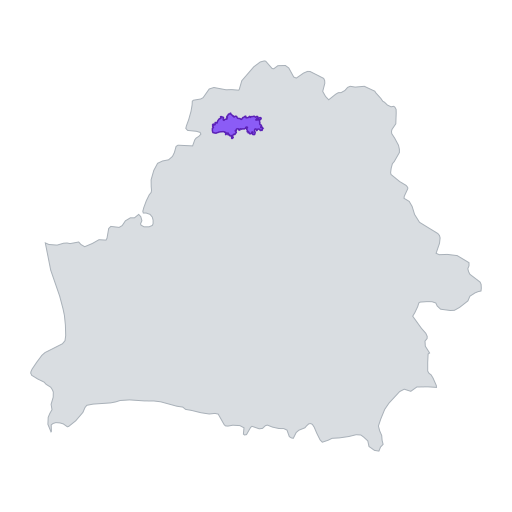 Sharkawshchyna, Vitebsk, Belarus shown in context
{"feature_id": "67162791B8322834804347", "entity_name": "Sharkawshchyna", "entity_type": "district", "adm_level": 2, "iso_a3": "BLR", "parent_name": "Belarus", "parent_adm1": "Vitebsk", "projection": "mercator", "projection_center": [27.573, 55.372], "detail": "fine", "context": "in_parent", "style": "filled", "palette": "violet", "viewbox_px": 512, "rotation_deg": 0, "n_neighbors": 0, "source": "geoboundaries", "source_scale": "gbopen_adm2", "svg_char_len": 9330}
<svg xmlns="http://www.w3.org/2000/svg" viewBox="0 0 512 512"><path d="M436.5,387.4L427.6,386.8L416.8,387.0L410.8,391.3L404.2,389.2L399.6,391.6L388.9,403.2L384.7,409.4L380.8,418.9L378.4,426.0L379.7,430.9L381.7,435.5L382.1,440.4L383.1,444.3L380.5,447.1L378.9,451.1L374.5,450.4L369.0,446.5L367.8,440.9L363.6,437.0L360.8,435.0L356.2,434.7L348.9,436.5L339.3,437.9L332.1,438.3L328.2,440.2L322.3,442.2L320.1,439.9L316.9,433.5L314.2,427.2L312.4,424.4L310.8,423.6L308.8,423.8L306.6,425.8L304.9,427.8L298.9,430.2L296.2,432.5L293.3,438.3L291.3,437.9L289.3,436.6L287.0,430.1L283.8,428.6L278.8,428.5L272.5,427.1L267.4,425.1L265.5,425.6L262.5,428.4L259.2,428.8L252.0,426.3L250.6,427.4L246.5,434.6L244.5,435.0L243.4,434.1L244.0,427.8L239.9,425.6L232.8,425.2L227.9,426.1L225.5,425.9L224.2,424.7L218.2,414.1L215.0,413.4L209.2,414.0L200.8,412.7L191.0,410.3L185.6,409.4L182.8,407.1L176.8,406.2L160.7,401.8L154.1,401.0L144.4,400.9L129.6,399.9L120.1,400.5L115.7,401.9L110.6,402.9L93.1,404.1L86.8,405.3L85.0,407.5L82.9,412.4L75.7,420.8L68.7,426.4L67.4,426.8L63.3,423.9L59.9,422.9L55.8,422.6L53.0,423.5L51.2,424.9L51.4,431.4L51.0,431.9L47.9,424.3L48.2,417.3L49.9,413.3L52.0,409.7L51.1,404.3L53.2,397.2L53.3,392.0L52.4,389.8L50.7,387.2L46.1,384.3L44.1,382.1L37.9,379.1L31.8,375.4L30.7,373.1L31.0,371.5L32.1,369.1L36.8,362.1L41.9,355.3L45.1,352.5L62.4,343.8L65.0,340.7L65.7,335.5L65.4,325.0L64.4,315.3L63.0,308.7L59.7,296.2L50.7,270.1L45.3,242.9L48.9,244.5L57.1,245.1L63.7,243.2L67.1,243.0L70.1,243.6L78.7,242.0L80.9,244.5L84.7,246.7L92.3,243.5L99.0,239.7L106.0,240.1L107.0,238.2L108.7,228.5L110.8,226.4L119.1,227.4L122.2,225.6L125.4,220.8L130.4,217.8L134.5,217.8L138.7,214.4L140.8,216.7L141.9,220.7L140.5,223.9L141.1,225.2L144.0,226.8L149.1,226.8L152.4,225.4L153.1,223.6L153.1,220.2L152.3,217.1L150.1,214.4L146.1,213.0L143.3,213.0L142.8,211.3L143.8,207.6L146.3,200.8L149.3,194.7L151.2,192.4L151.5,190.3L151.2,186.5L151.1,179.8L153.8,170.4L157.6,163.3L162.5,161.0L168.6,159.8L172.5,156.4L174.4,152.5L176.1,146.4L178.0,145.2L192.6,145.9L194.8,139.8L196.1,138.1L198.9,136.3L200.9,134.1L200.1,132.4L196.4,131.3L187.6,130.4L185.8,128.4L186.4,125.9L188.7,119.6L191.0,111.4L192.1,105.0L192.3,101.2L193.5,100.2L200.7,99.0L203.1,97.7L209.2,89.0L213.9,87.5L226.1,89.8L231.6,89.6L238.7,90.2L239.3,89.3L241.8,80.7L253.8,66.8L260.2,62.0L264.3,60.9L265.7,61.2L272.1,68.5L273.7,68.8L277.9,65.7L285.4,65.5L288.8,68.0L293.7,77.0L296.3,78.1L303.5,73.1L307.5,71.4L310.1,71.5L323.7,78.4L324.7,80.7L324.8,83.3L322.7,91.4L325.5,96.4L328.7,99.8L335.7,94.2L338.3,92.7L341.1,92.6L344.9,90.5L347.6,87.4L350.2,86.3L355.2,87.1L364.3,86.3L374.8,91.2L375.7,92.7L380.9,98.5L382.8,101.3L384.5,102.2L387.3,105.0L391.1,106.8L393.7,106.3L394.9,107.2L396.1,109.4L396.2,113.1L395.8,123.8L392.0,129.4L391.5,131.3L391.7,133.6L394.7,138.2L398.5,145.3L399.4,149.4L399.4,152.5L394.2,161.6L392.4,163.7L391.2,168.1L390.6,172.6L391.0,174.5L399.7,181.6L406.2,185.5L407.7,187.4L407.8,188.6L404.3,196.2L404.0,198.3L409.2,201.4L412.1,206.4L414.6,214.5L419.5,222.3L437.9,233.6L439.5,235.6L440.1,238.0L439.5,243.3L436.1,253.3L439.3,254.7L447.3,254.4L457.2,255.6L469.0,262.7L469.0,265.8L467.8,268.7L468.6,271.7L469.9,274.3L480.1,282.1L481.1,284.4L481.3,288.2L481.0,291.0L478.2,291.6L475.0,292.9L469.9,296.2L467.9,300.9L459.6,307.4L454.4,310.3L450.3,310.5L440.6,309.2L437.2,306.0L435.8,303.0L432.0,301.7L427.1,301.6L420.2,302.1L418.8,303.0L417.7,306.6L414.8,312.7L412.7,316.2L421.4,328.3L425.8,333.3L427.2,336.4L427.1,338.5L425.0,341.1L425.3,346.2L429.6,353.0L428.1,354.0L427.7,362.3L427.7,371.1L428.9,373.2L431.2,375.0L433.1,378.2L436.3,385.5L436.5,387.4Z" fill="#d9dde1" stroke="#a8b0b8" stroke-width="1"/><path d="M214.9,133.1L216.3,133.1L216.7,132.8L216.9,132.7L217.4,132.6L217.6,132.6L218.0,132.5L218.3,132.3L218.8,132.1L219.3,132.0L220.4,131.8L222.1,131.7L223.2,131.6L224.4,131.8L224.5,131.9L224.5,132.1L224.7,132.3L225.4,132.3L225.8,132.5L226.0,132.7L225.9,133.1L225.6,133.8L225.6,134.1L225.6,134.4L225.8,134.6L226.0,134.5L226.2,134.3L226.3,134.1L226.5,133.8L226.9,133.4L227.5,133.1L228.0,133.0L228.4,133.5L228.5,133.8L228.1,134.2L227.9,134.5L228.1,134.8L228.3,134.8L228.7,134.8L229.0,134.6L229.5,134.8L229.6,135.0L229.6,135.5L229.8,135.7L230.2,135.9L230.6,136.0L230.9,135.9L231.3,135.6L231.6,135.6L231.8,135.8L231.8,136.0L231.8,136.3L231.8,136.5L231.6,137.5L231.7,137.8L231.6,138.1L231.7,138.3L232.0,138.5L232.4,138.3L232.8,138.0L233.1,137.6L233.2,137.3L233.0,137.0L232.7,136.7L232.5,136.3L232.7,135.8L232.9,135.4L233.2,134.8L233.3,134.6L233.6,134.4L233.9,134.3L234.2,134.3L234.6,134.5L234.8,134.5L235.0,134.4L235.0,134.2L235.0,133.9L235.2,133.6L235.6,133.3L235.8,133.1L236.1,132.8L236.3,132.5L236.3,132.1L236.1,131.8L235.5,131.4L235.4,131.1L235.3,130.7L235.6,130.4L236.1,130.3L236.3,130.3L236.4,130.0L236.4,129.3L236.5,129.1L236.9,128.9L237.6,128.8L237.9,128.7L238.2,128.8L238.5,129.0L238.6,129.5L238.7,129.8L238.9,130.0L239.0,130.0L239.7,130.1L239.9,129.9L240.0,129.6L239.9,129.2L240.1,128.9L240.4,128.8L241.1,128.8L241.4,129.1L241.7,129.2L242.0,129.1L242.6,128.8L243.3,128.8L243.6,128.9L244.1,129.0L245.2,128.4L245.5,128.2L245.7,127.6L245.9,127.3L246.1,127.2L246.4,127.0L246.8,127.0L247.1,127.1L247.4,127.3L247.4,127.6L247.1,127.8L247.1,128.1L246.8,128.6L246.6,129.1L246.7,129.5L247.0,129.9L247.4,130.2L247.5,130.5L247.5,130.8L247.2,131.3L247.2,131.6L247.5,131.7L248.0,131.6L248.3,131.7L248.4,131.9L248.2,132.2L248.1,132.7L248.3,132.8L248.5,132.8L248.8,132.7L249.1,132.5L249.3,132.8L249.5,133.5L249.8,133.8L250.4,133.8L250.9,133.7L251.3,133.5L251.4,133.3L251.5,133.0L251.7,132.3L251.9,132.1L252.4,131.9L252.8,132.0L252.9,132.3L253.0,132.5L252.8,132.9L252.6,133.2L252.6,133.9L252.7,134.3L253.1,134.6L254.3,134.6L254.6,134.5L254.7,134.3L254.8,133.8L254.9,133.6L255.0,133.2L255.1,132.8L255.2,132.5L255.1,132.2L254.6,131.2L254.5,130.8L254.5,130.4L254.8,129.4L255.0,129.1L255.8,128.9L256.1,129.1L256.3,129.3L256.4,129.6L256.5,129.9L256.6,130.3L256.6,130.5L256.8,130.5L257.1,130.3L257.2,130.0L257.2,129.7L257.3,129.5L257.5,129.4L257.7,129.2L258.4,129.1L258.9,129.1L259.3,129.2L259.6,129.4L259.9,129.7L260.0,130.2L260.4,130.5L260.7,130.4L260.9,130.3L261.3,130.1L261.7,130.4L262.0,130.4L262.2,130.1L262.3,129.4L262.4,129.2L262.6,129.0L262.7,128.8L262.8,128.5L263.0,128.3L262.6,128.1L262.5,127.9L262.4,127.5L262.2,127.2L261.8,127.2L261.5,127.3L261.3,127.5L261.1,127.6L260.8,127.5L260.7,127.2L260.8,126.9L260.9,126.6L261.0,126.5L261.4,126.4L261.5,126.2L261.5,125.9L261.4,125.5L261.2,125.2L260.9,124.9L260.7,124.8L260.0,124.6L259.9,124.4L259.8,124.0L259.7,123.4L259.9,123.1L259.9,122.7L259.7,122.3L259.6,121.9L259.6,121.1L259.6,120.3L259.8,119.9L260.0,119.7L260.6,119.3L260.8,119.1L261.1,118.8L261.1,118.4L261.1,118.1L260.9,117.9L260.4,117.6L259.6,117.7L259.4,117.8L259.1,117.9L258.8,118.1L258.6,118.2L258.2,118.4L258.2,118.7L258.2,119.0L258.3,119.3L258.7,119.4L258.9,119.6L258.8,119.9L257.2,119.9L256.7,120.0L256.3,120.1L256.1,120.1L255.9,119.9L255.9,119.7L256.0,119.6L256.3,119.4L256.4,119.2L256.5,118.9L256.7,118.7L256.9,118.5L257.1,118.4L257.6,118.1L257.8,118.0L257.9,117.7L257.8,117.0L257.7,116.7L257.4,116.5L257.1,116.4L256.8,116.4L256.3,116.8L255.7,117.2L255.3,117.1L255.1,116.8L254.8,116.7L254.6,116.5L254.4,116.3L254.0,116.2L253.6,116.3L253.3,116.5L252.5,116.6L251.6,116.6L251.4,116.6L251.1,116.7L250.7,117.2L250.5,117.4L250.3,117.4L250.2,117.3L250.1,116.9L250.1,116.6L249.9,116.5L249.6,116.4L249.3,116.6L249.2,116.7L248.8,117.1L248.4,117.4L248.0,117.6L246.7,117.8L246.2,117.8L246.0,117.7L245.9,117.4L245.9,116.7L245.8,116.3L245.7,116.2L245.2,116.2L245.1,116.3L244.9,116.5L244.6,116.6L244.4,116.9L244.2,117.0L243.7,117.3L243.2,117.4L242.8,117.6L242.7,117.8L242.7,118.0L242.2,118.4L241.7,119.2L241.6,119.3L241.4,119.4L241.0,119.3L240.7,119.2L240.3,118.8L240.0,118.6L238.7,118.4L238.0,118.4L237.6,118.2L237.3,117.9L236.8,116.9L236.7,116.6L236.5,116.4L236.0,116.3L235.7,116.2L235.5,116.3L235.0,116.4L234.3,116.9L234.0,116.9L233.7,116.8L233.6,116.7L233.5,116.3L233.5,116.1L233.3,115.9L232.7,115.9L232.3,115.3L232.0,115.0L231.5,114.7L231.1,114.3L230.9,114.0L230.6,113.2L230.4,113.2L230.2,113.3L230.1,113.6L229.8,114.0L229.6,114.0L229.2,114.0L228.9,114.0L228.6,114.1L228.3,114.4L228.0,115.0L227.7,115.7L227.4,116.0L227.1,116.1L226.9,116.4L226.8,116.6L227.0,117.0L227.2,117.4L227.0,117.5L226.7,117.7L226.6,118.0L226.8,118.4L227.0,118.5L226.9,119.0L226.7,119.1L226.3,119.2L225.2,119.3L224.6,119.6L224.4,119.9L224.3,120.1L224.1,120.3L223.7,120.3L223.5,120.2L223.4,120.0L223.3,119.8L223.2,119.3L223.2,118.8L223.3,118.5L223.5,117.8L223.5,117.6L223.4,117.4L223.0,117.2L222.0,116.9L221.5,116.6L221.2,116.6L220.8,116.6L220.6,116.7L220.5,117.0L220.6,117.3L220.9,117.7L220.9,117.9L220.9,118.1L220.5,118.5L219.5,118.8L219.0,119.1L218.8,119.3L218.5,119.8L217.8,120.8L217.5,121.5L217.2,122.3L217.2,122.7L217.1,122.9L217.0,123.0L216.8,123.0L216.4,122.8L216.1,122.7L215.8,122.5L215.5,122.6L215.3,122.6L215.3,122.8L215.2,122.9L215.1,123.4L215.1,123.6L215.2,124.2L215.1,124.4L215.0,124.7L214.5,124.8L214.3,124.9L213.9,124.8L213.7,124.6L213.7,124.2L213.3,124.1L213.1,124.2L212.8,124.5L212.6,124.8L212.6,125.1L213.0,125.4L213.2,125.7L213.1,125.9L213.0,126.1L212.8,126.2L212.7,126.5L213.0,126.9L213.4,127.3L213.3,127.6L213.2,127.8L212.7,128.0L212.4,128.5L212.4,130.8L212.6,131.4L212.7,131.9L212.8,132.3L212.9,132.5L213.2,132.7L214.4,132.8L214.8,133.0L214.9,133.1Z" fill="#8b5cf6" stroke="#5b21b6" stroke-width="1.5"/></svg>